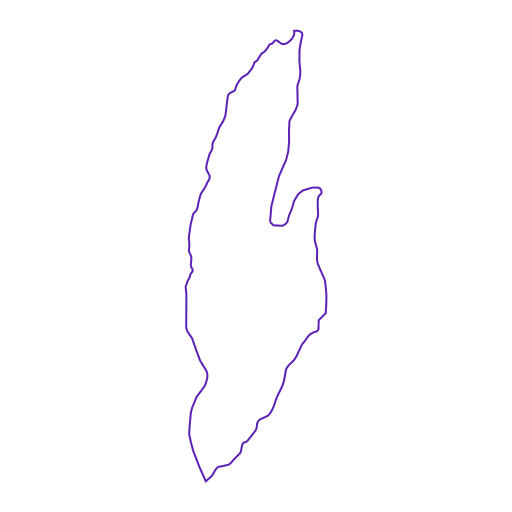 outline of Nuevo San Carlos, Retalhuleu, Guatemala
{"feature_id": "79465075B2823208304542", "entity_name": "Nuevo San Carlos", "entity_type": "district", "adm_level": 2, "iso_a3": "GTM", "parent_name": "Guatemala", "parent_adm1": "Retalhuleu", "projection": "equal_earth", "projection_center": [-91.689, 14.629], "detail": "fine", "context": "isolated", "style": "outline", "palette": "violet", "viewbox_px": 512, "rotation_deg": 0, "n_neighbors": 0, "source": "geoboundaries", "source_scale": "gbopen_adm2", "svg_char_len": 3995}
<svg xmlns="http://www.w3.org/2000/svg" viewBox="0 0 512 512"><path d="M209.6,175.7L209.7,177.3L209.1,180.0L208.4,180.8L207.7,181.8L206.9,183.4L206.0,185.7L204.0,189.1L201.5,192.7L200.8,194.1L200.2,195.8L199.1,199.8L198.4,203.0L197.5,207.7L196.8,209.4L196.0,210.9L195.2,211.8L194.3,212.7L193.5,213.6L192.8,215.2L192.5,216.8L190.5,225.2L189.7,231.3L189.3,233.9L189.0,235.6L188.9,237.5L188.8,239.0L189.0,240.7L189.2,242.1L189.3,243.4L189.3,245.2L189.3,247.2L189.0,249.3L189.1,251.7L189.9,253.7L190.7,255.1L191.3,257.1L191.4,259.0L190.8,264.5L191.0,266.1L191.3,267.4L192.5,269.1L192.6,271.2L191.7,272.5L191.0,273.4L190.3,274.7L190.0,276.3L188.8,279.0L188.0,280.3L187.4,281.4L187.0,283.0L185.6,286.7L186.4,294.4L186.2,327.5L187.3,331.4L192.1,338.3L196.7,351.5L200.2,360.8L206.5,371.0L207.3,373.8L207.4,376.4L206.9,379.5L206.0,382.6L204.7,386.0L196.6,396.9L192.1,407.8L190.9,412.4L189.5,427.5L189.2,434.5L191.0,442.5L193.1,450.6L198.3,464.0L199.3,466.7L205.8,481.3L208.0,479.4L211.9,475.9L213.5,473.1L215.8,469.3L217.4,467.6L218.3,466.9L219.3,466.6L220.8,466.4L222.0,466.2L223.5,465.9L225.3,465.5L226.8,465.1L228.3,464.7L229.2,464.3L230.6,463.3L231.5,462.3L233.2,460.1L238.5,454.8L240.1,453.2L240.9,451.4L241.4,448.9L241.6,447.6L242.2,445.0L242.9,443.4L243.8,442.6L245.2,442.2L246.2,441.9L247.3,440.9L248.1,440.0L248.9,439.1L253.1,433.6L255.4,430.7L256.5,428.5L256.7,427.1L256.9,425.3L257.0,424.1L257.7,422.1L258.7,420.6L259.8,419.6L261.5,418.7L266.4,416.5L268.4,415.4L269.1,414.5L270.3,413.0L271.2,411.6L272.5,409.1L273.3,407.3L274.4,404.6L275.9,399.6L276.9,397.4L277.5,395.8L280.9,389.0L282.6,385.2L283.7,381.9L284.2,380.0L284.6,377.6L285.1,374.5L285.6,371.8L285.9,370.1L286.6,368.2L287.7,366.6L288.5,365.6L290.1,363.9L293.9,360.3L295.0,358.6L296.2,356.7L297.9,353.3L300.3,348.1L302.0,344.5L303.2,343.0L305.8,339.7L307.7,337.0L308.6,335.8L310.2,334.2L311.5,333.5L314.2,332.0L315.5,331.7L316.6,331.4L317.9,330.2L318.5,329.1L318.5,327.4L318.6,326.1L318.6,322.3L318.8,320.2L319.9,319.0L321.5,317.5L325.8,313.0L325.8,311.2L326.0,308.7L326.2,306.8L326.3,303.4L326.4,296.0L326.3,293.1L326.1,290.9L325.2,282.2L325.0,281.0L324.7,279.7L323.8,277.3L323.1,276.1L320.2,269.5L318.5,265.5L317.8,263.9L316.9,259.3L317.2,250.8L317.0,248.9L316.4,246.7L315.6,243.8L315.0,241.5L314.7,239.9L314.6,237.8L314.6,236.4L314.7,234.9L314.8,233.1L315.6,224.6L315.8,223.2L316.3,221.3L317.0,219.3L317.5,218.0L317.9,216.6L318.1,214.5L318.1,212.5L317.9,210.8L317.8,209.5L317.7,200.9L317.9,198.8L318.6,196.6L319.6,195.2L321.3,193.7L321.5,192.2L321.3,190.3L319.9,188.4L318.4,187.6L312.2,187.6L302.8,190.5L298.1,194.2L294.0,201.3L291.9,208.7L289.1,215.3L287.3,222.1L284.7,224.7L282.2,225.8L275.1,225.4L273.4,225.3L270.7,222.7L270.1,220.9L271.4,206.0L279.0,176.0L286.1,160.0L288.3,151.2L289.1,140.8L289.0,130.4L289.3,126.0L289.3,122.4L289.7,120.6L291.3,117.4L295.7,109.7L297.7,104.1L297.3,86.4L298.2,83.1L299.4,79.7L300.2,74.9L300.3,71.4L300.1,68.4L299.4,61.4L299.5,50.1L300.7,42.5L302.4,34.9L302.0,32.9L300.3,31.6L298.0,30.7L294.1,30.8L294.3,33.1L293.9,35.5L292.4,38.0L291.4,39.4L288.3,42.3L286.9,43.1L285.2,43.9L282.8,44.1L281.0,43.5L279.5,42.3L277.2,40.6L275.9,40.2L274.6,40.9L273.2,42.4L271.9,43.8L270.8,43.9L269.3,44.8L268.6,46.0L268.0,47.2L267.0,48.7L266.0,49.9L264.8,51.4L263.8,52.1L262.9,52.7L261.9,53.4L260.8,54.6L260.1,55.8L258.5,58.3L257.6,60.0L256.0,61.4L254.5,62.3L253.9,64.1L252.9,66.6L251.4,69.1L250.6,70.2L249.1,72.1L248.2,73.3L246.9,74.4L245.2,75.5L243.3,76.6L242.2,77.4L240.7,78.9L239.0,81.2L237.8,83.2L236.7,84.9L236.1,86.7L235.6,88.2L234.9,90.2L233.8,91.3L232.4,91.8L229.7,93.2L228.3,94.9L227.8,96.1L227.6,97.8L227.2,100.5L226.0,111.0L225.6,113.8L225.3,116.0L224.7,117.5L224.2,118.9L223.3,120.8L221.5,123.9L220.3,125.8L219.2,127.9L218.2,130.4L217.1,134.1L216.1,136.6L215.4,138.1L214.2,140.1L212.8,142.7L212.5,144.4L212.4,146.8L212.3,148.6L211.7,150.2L210.0,153.2L209.3,154.8L208.6,157.3L207.5,161.2L206.7,164.3L206.2,167.4L206.5,169.6L207.4,171.5L209.6,175.7Z" fill="none" stroke="#5b21b6" stroke-width="2"/></svg>